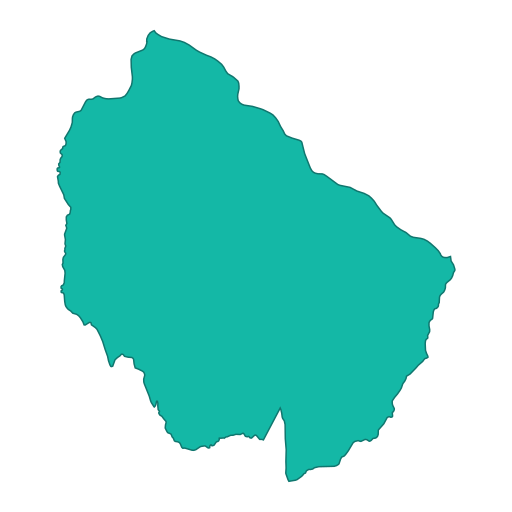 the district of Tarso, Antioquia, Colombia
{"feature_id": "7082276B41921271459281", "entity_name": "Tarso", "entity_type": "district", "adm_level": 2, "iso_a3": "COL", "parent_name": "Colombia", "parent_adm1": "Antioquia", "projection": "robinson", "projection_center": [-75.833, 5.874], "detail": "fine", "context": "isolated", "style": "filled", "palette": "teal", "viewbox_px": 512, "rotation_deg": 0, "n_neighbors": 0, "source": "geoboundaries", "source_scale": "gbopen_adm2", "svg_char_len": 5936}
<svg xmlns="http://www.w3.org/2000/svg" viewBox="0 0 512 512"><path d="M406.2,232.7L400.7,229.7L396.6,226.8L394.7,224.9L391.2,219.3L390.0,217.9L383.1,213.2L381.4,211.4L376.8,205.3L374.2,201.2L371.5,198.2L368.8,195.8L364.1,193.4L356.8,191.0L350.1,187.4L339.8,185.3L337.8,184.5L326.6,176.2L324.0,174.5L322.2,173.9L318.0,173.8L315.3,173.2L313.5,172.3L311.9,170.8L310.3,168.0L306.3,157.9L304.6,153.5L301.8,142.2L300.9,141.1L299.1,140.2L292.1,138.1L286.4,135.8L284.7,134.0L283.2,130.8L280.5,126.4L278.2,121.5L275.6,117.8L272.9,114.9L270.1,113.1L263.1,109.7L260.6,108.8L252.5,106.4L244.0,105.1L241.6,104.1L239.7,102.7L238.2,100.7L237.8,98.6L237.6,96.3L237.8,94.1L239.0,88.7L239.0,86.2L238.7,83.2L237.9,81.1L233.4,77.1L227.7,73.7L225.7,70.9L223.7,67.1L221.6,64.3L217.8,61.1L214.7,58.9L210.9,56.9L206.6,55.3L199.6,52.1L196.3,50.2L189.1,45.0L184.3,42.4L179.9,40.9L169.4,39.1L161.5,36.6L157.8,34.4L155.8,32.9L154.2,30.7L152.5,31.4L150.2,32.8L148.2,35.4L146.8,38.9L146.7,41.5L147.0,41.6L146.6,43.9L145.6,46.6L144.5,48.6L142.8,50.0L135.3,53.0L133.8,54.0L132.0,55.9L131.1,59.4L131.3,67.3L132.4,76.8L132.4,79.2L132.0,82.7L131.4,85.4L128.9,90.3L127.1,93.4L125.0,96.0L121.5,97.7L119.6,98.1L108.6,98.9L106.0,98.7L104.1,98.3L102.4,97.8L99.7,96.4L98.4,96.1L97.4,96.2L95.5,97.0L92.8,99.0L91.1,99.3L88.9,99.2L87.9,99.5L86.7,100.2L85.5,101.9L81.1,110.4L79.7,111.3L76.1,112.1L74.8,112.8L73.5,114.5L72.6,116.8L72.4,118.2L72.3,122.5L71.0,127.0L69.5,130.3L64.7,138.3L66.1,141.6L66.1,143.3L65.8,144.8L65.2,145.7L63.2,146.5L62.9,146.9L62.6,148.5L60.6,150.3L60.2,151.1L60.3,152.9L61.8,154.3L62.2,155.0L62.2,155.8L61.9,156.8L61.0,157.8L60.2,159.4L60.0,162.4L58.7,163.9L58.8,165.3L59.6,167.1L59.0,167.8L57.9,167.9L57.4,168.3L57.1,169.0L57.3,170.7L57.6,171.2L58.0,171.4L59.3,171.5L59.9,171.9L60.2,172.5L60.0,174.2L59.6,174.7L58.7,175.0L58.1,175.6L57.5,176.7L58.3,181.1L58.4,183.2L59.6,186.2L63.4,194.0L63.8,194.9L64.4,198.4L68.3,204.5L70.8,207.3L70.8,209.5L70.4,210.4L70.2,212.5L69.6,214.2L67.4,215.2L66.3,216.9L66.3,220.0L66.9,223.6L65.8,225.3L66.6,227.5L66.7,228.4L64.6,234.1L64.6,235.1L65.4,239.5L65.0,243.9L65.7,245.8L65.4,247.3L64.9,248.1L64.9,250.0L64.5,251.0L64.9,252.1L65.6,253.0L65.7,253.9L65.4,254.7L63.4,257.3L62.9,259.3L63.0,262.5L62.9,263.4L62.3,264.4L62.7,266.6L64.8,270.4L65.1,273.3L64.3,280.9L64.3,282.6L63.4,284.7L62.7,285.3L61.6,285.8L61.0,286.9L61.2,288.3L62.3,288.9L62.4,289.4L62.0,290.5L61.2,290.8L61.1,291.9L61.3,292.4L61.7,292.6L62.8,292.7L63.5,293.3L64.2,294.6L64.7,301.4L65.3,304.9L66.0,306.6L67.4,308.5L68.4,309.5L70.6,310.9L72.8,313.2L76.3,314.2L77.3,314.7L79.0,316.1L80.4,317.8L82.9,321.8L84.1,324.9L85.2,325.0L88.9,322.7L89.6,322.4L90.4,322.4L91.1,323.0L91.4,324.8L95.4,327.6L97.0,329.3L100.3,335.8L102.7,341.5L105.1,349.3L107.6,356.3L108.5,360.7L109.9,364.8L110.8,366.4L111.5,366.6L112.7,366.2L115.0,359.8L117.5,357.5L120.0,355.8L121.4,354.2L122.6,354.2L123.4,354.7L124.5,356.3L128.2,357.2L131.9,357.5L133.2,358.5L133.6,359.4L134.1,363.9L135.2,367.9L138.6,369.2L142.2,371.0L143.6,372.0L144.1,372.8L144.7,374.6L144.7,375.5L143.7,379.1L143.8,382.0L144.3,383.8L149.2,396.0L150.6,400.8L151.3,402.5L154.0,406.8L154.3,407.0L155.2,406.0L155.9,404.5L156.5,401.5L156.9,401.1L157.4,401.3L157.9,403.5L157.8,405.8L158.2,409.7L159.5,411.2L158.8,412.7L158.9,413.5L159.9,415.1L161.9,416.3L163.8,418.9L166.0,421.4L166.1,422.7L165.5,424.8L165.2,428.0L166.6,430.9L167.5,432.4L168.1,432.9L169.7,433.4L171.1,434.2L172.2,437.0L172.9,437.6L173.6,438.8L174.3,440.7L175.2,441.4L177.6,441.8L178.7,442.2L179.6,442.8L180.4,444.0L181.7,447.2L182.7,448.2L184.9,448.1L192.0,450.2L193.8,450.3L195.8,449.7L200.1,446.8L201.2,446.4L204.6,445.9L205.5,446.1L207.7,447.7L208.5,448.0L209.2,447.9L209.7,447.7L209.8,446.1L210.5,445.0L211.1,444.8L212.0,445.8L213.3,445.5L214.1,445.1L216.1,442.2L216.9,441.6L217.8,441.5L218.7,440.8L219.3,439.3L219.2,438.2L219.5,438.1L220.9,438.2L224.2,437.9L224.3,438.1L226.1,436.9L227.3,436.8L230.6,435.3L233.3,435.2L235.9,434.3L240.2,434.5L243.0,433.2L243.9,433.8L245.4,436.3L247.2,436.8L248.3,436.4L248.8,436.5L249.8,437.7L251.1,438.1L251.6,438.0L254.7,435.2L255.8,435.1L256.6,435.7L259.7,439.4L261.9,439.4L263.4,439.9L280.2,408.0L280.9,409.7L281.7,413.1L282.2,417.0L282.7,418.5L284.3,420.8L285.1,424.6L285.3,438.8L286.2,449.7L285.9,461.5L286.1,468.0L285.8,472.8L285.9,473.7L288.0,479.6L288.9,481.3L295.5,480.2L297.1,479.6L301.4,476.5L302.5,475.5L303.9,473.7L305.5,473.0L306.3,471.0L307.2,470.3L308.9,469.4L310.4,469.5L312.7,469.0L314.5,467.7L318.7,466.7L334.2,466.3L336.5,465.6L338.6,464.3L339.1,463.5L340.6,459.0L341.7,457.1L344.2,456.0L345.6,454.5L348.3,450.8L353.0,442.9L354.7,441.5L358.1,440.6L360.2,441.3L361.1,441.3L365.1,439.4L366.9,439.7L369.2,441.2L369.8,441.2L371.2,440.4L372.9,438.5L375.7,438.0L376.6,437.4L377.6,436.2L378.2,434.3L378.3,430.5L378.5,429.8L383.8,423.8L387.2,417.5L388.8,416.7L389.5,416.7L390.5,417.2L391.8,417.1L392.3,416.7L392.6,416.1L392.3,412.8L392.5,412.2L393.4,411.7L394.2,409.9L394.3,409.0L394.2,408.4L392.7,405.3L392.3,403.8L392.2,401.2L392.5,400.5L394.5,397.5L397.6,393.8L400.1,390.2L401.4,387.9L402.8,383.7L404.7,381.2L406.0,378.6L406.5,376.2L410.1,374.0L416.0,367.9L418.2,365.3L422.7,361.4L424.2,359.3L425.1,358.5L426.7,358.1L428.0,357.2L427.8,356.1L426.6,353.6L425.5,350.4L425.2,343.6L425.5,340.7L426.3,339.2L427.6,338.3L427.8,337.4L427.6,335.5L429.6,331.7L429.7,329.6L429.0,325.9L429.0,322.7L429.5,321.6L430.3,320.4L432.3,318.9L432.6,318.3L433.3,311.8L434.0,309.8L434.6,308.9L436.6,308.3L438.1,306.7L438.4,305.8L438.5,303.9L439.2,302.7L439.5,297.1L440.1,295.5L441.3,294.1L443.6,292.1L444.5,290.5L445.1,288.9L445.4,287.7L445.5,284.6L446.0,283.5L447.0,282.4L450.3,279.7L451.6,278.0L452.7,275.6L453.5,272.6L454.8,270.5L454.9,269.3L453.5,264.8L451.1,261.0L450.5,256.5L447.1,257.6L444.4,257.5L442.9,257.1L441.8,256.3L440.8,255.1L440.3,253.7L438.3,250.8L435.4,247.8L430.7,243.6L427.4,241.1L424.0,239.3L420.8,238.4L413.3,237.3L410.4,236.2L406.2,232.7Z" fill="#14b8a6" stroke="#0f766e" stroke-width="1.5"/></svg>